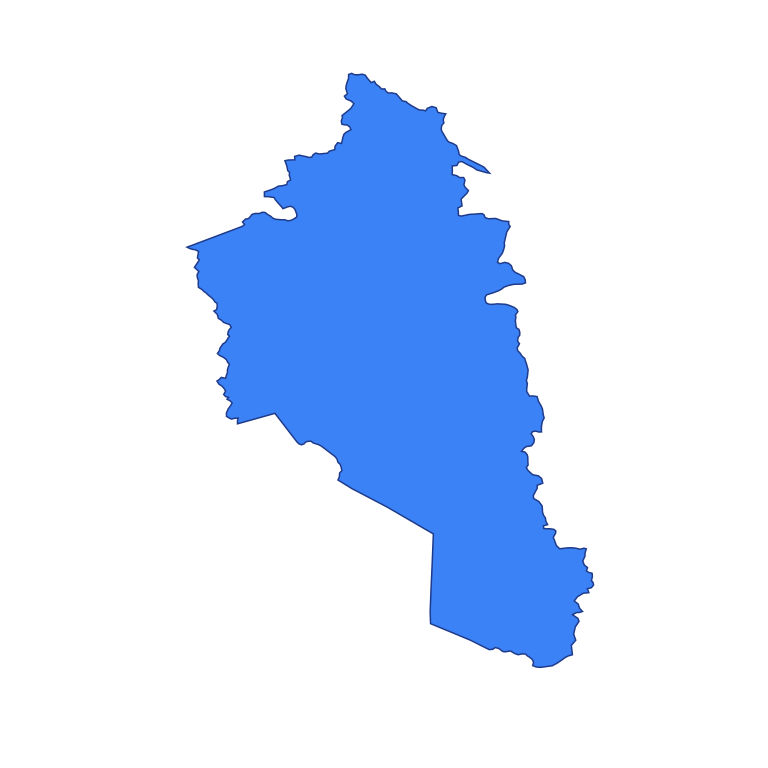 the district of Acopiara, Ceará, Brazil, rotated 78°
{"feature_id": "56859067B11934644430422", "entity_name": "Acopiara", "entity_type": "district", "adm_level": 2, "iso_a3": "BRA", "parent_name": "Brazil", "parent_adm1": "Ceará", "projection": "natural_earth1", "projection_center": [-39.533, -6.148], "detail": "fine", "context": "isolated", "style": "filled", "palette": "blue", "viewbox_px": 768, "rotation_deg": 78, "n_neighbors": 0, "source": "geoboundaries", "source_scale": "gbopen_adm2", "svg_char_len": 5933}
<svg xmlns="http://www.w3.org/2000/svg" viewBox="0 0 768 768"><g transform="rotate(78 384 384)"><path d="M694.6,278.1L693.0,272.5L690.4,266.3L689.3,263.9L688.3,260.4L688.0,256.0L682.9,255.5L678.6,255.1L674.5,249.7L668.2,250.5L661.4,247.4L656.7,242.6L653.7,243.0L648.8,247.6L647.6,243.2L648.1,240.5L647.8,237.1L644.1,239.3L639.6,239.8L635.8,243.0L632.3,239.0L630.1,232.7L630.7,227.0L626.5,227.6L626.4,223.5L624.2,220.8L621.4,220.8L619.6,222.0L615.4,220.1L612.4,219.8L611.0,222.7L608.9,224.9L606.0,223.1L602.7,225.7L598.6,226.4L596.6,225.0L594.3,223.3L590.7,222.3L587.3,220.4L586.2,222.5L586.4,226.3L584.3,231.0L583.3,234.2L582.5,238.2L582.2,241.1L581.7,246.4L577.8,249.0L574.2,249.5L571.3,249.9L569.1,250.3L565.8,247.3L563.6,246.5L561.5,248.0L560.1,251.8L559.4,255.2L558.5,257.8L555.8,257.5L555.6,253.2L551.8,254.2L548.5,254.0L545.6,255.2L542.3,255.6L539.6,255.1L536.1,254.7L531.1,257.0L527.1,261.4L524.3,261.2L519.8,257.5L518.0,255.9L514.9,255.2L514.5,252.0L514.0,249.3L509.2,249.5L505.9,252.1L504.6,255.2L503.6,257.5L498.7,261.0L495.4,262.2L493.2,259.9L489.8,259.4L485.2,258.5L482.8,258.7L479.8,260.3L478.5,263.5L476.0,260.6L474.8,257.8L475.1,252.6L472.6,249.7L469.7,248.5L466.8,248.9L463.3,250.4L461.5,248.6L461.6,245.4L463.1,242.7L463.6,239.9L460.8,239.4L457.8,238.7L453.4,236.8L450.5,234.4L447.2,234.6L444.7,234.4L441.3,234.2L437.5,235.0L433.5,236.4L428.1,236.9L426.6,241.0L426.1,244.2L420.8,246.0L417.8,245.2L413.5,243.7L410.1,244.0L407.2,242.4L400.2,240.1L396.9,240.3L394.2,240.4L390.7,240.9L388.2,241.0L385.8,243.0L382.0,244.5L379.2,246.3L376.5,246.3L372.8,243.1L369.9,244.4L366.4,243.3L364.5,241.1L361.6,240.4L358.6,240.7L356.6,242.8L353.9,242.8L349.1,242.3L346.5,241.2L343.7,241.0L341.0,238.0L338.9,238.4L336.3,240.6L333.4,244.7L331.4,248.3L329.2,256.2L328.9,259.2L328.3,263.2L327.3,265.5L325.7,267.3L322.4,267.5L319.7,266.8L318.1,264.9L317.4,257.6L316.6,252.5L315.6,249.2L314.2,246.5L313.5,241.8L313.5,235.9L315.0,228.2L314.5,224.6L311.6,224.2L308.1,225.0L303.8,230.1L302.4,232.2L299.1,234.4L294.8,234.8L291.8,237.1L290.1,240.7L290.5,245.3L288.7,247.7L285.0,245.9L282.6,243.2L280.6,241.0L277.9,239.3L274.2,237.4L270.9,237.0L260.8,232.3L256.1,227.8L254.0,228.8L251.0,228.2L249.1,234.3L245.3,240.3L244.1,247.4L242.3,250.5L239.4,250.9L237.7,252.6L237.2,255.6L236.6,260.6L235.9,264.5L235.8,273.8L234.5,276.1L231.2,275.5L227.2,275.2L226.0,270.6L219.2,270.2L214.7,263.3L212.4,261.2L207.9,264.0L205.7,264.4L201.4,262.4L198.6,263.2L197.8,267.1L195.4,269.5L193.3,273.8L190.0,272.9L184.9,271.9L185.4,267.2L182.5,264.9L182.6,261.6L184.9,258.9L186.5,257.1L190.7,251.7L193.8,248.8L198.5,240.0L199.7,236.9L192.8,241.0L190.9,243.2L181.4,255.2L179.4,257.0L177.0,261.2L175.2,262.7L171.6,262.7L165.9,263.5L163.0,266.7L160.7,270.5L158.0,271.8L154.3,273.0L151.3,274.0L148.6,275.0L146.1,274.9L143.1,273.8L141.0,271.1L138.6,271.2L136.5,270.5L134.4,269.0L132.6,267.4L130.9,272.0L129.4,274.9L124.6,275.6L122.5,279.5L123.4,284.4L125.5,286.5L124.4,288.5L123.2,292.7L117.7,299.0L114.3,302.4L112.4,303.6L110.8,307.3L108.1,308.7L102.8,311.6L100.9,315.8L100.2,319.5L97.9,321.2L95.4,321.9L95.0,325.0L92.1,326.8L89.0,329.5L85.9,330.5L86.5,333.9L81.3,336.8L78.1,338.0L76.4,341.0L76.2,344.8L75.4,348.4L73.4,351.1L73.9,354.3L77.6,355.1L80.8,357.1L84.6,359.1L87.1,359.9L92.5,359.4L94.2,362.9L97.3,361.8L100.3,357.5L103.5,355.1L107.4,359.0L108.9,361.7L112.7,369.2L115.0,369.3L117.8,371.1L121.1,371.2L122.3,368.8L122.9,366.3L125.4,364.0L128.4,363.5L129.1,366.1L130.1,369.2L131.5,371.4L134.6,373.1L139.9,375.5L138.3,379.2L141.3,382.5L144.5,383.4L144.7,386.3L144.9,389.1L146.5,391.3L146.1,394.5L145.6,399.4L143.9,402.8L145.0,405.6L147.1,407.6L146.7,410.5L145.2,413.3L143.6,417.0L142.5,419.4L142.8,424.1L146.2,424.6L145.0,431.2L145.0,434.5L150.7,433.7L155.3,433.8L157.3,432.4L160.2,433.3L162.8,433.0L165.0,433.0L166.0,436.4L168.7,437.6L168.9,441.9L168.5,446.2L169.8,450.3L170.5,453.9L170.9,457.8L171.3,461.1L175.8,462.0L176.8,458.0L177.7,455.6L178.8,452.6L181.0,452.1L186.4,449.1L189.5,447.3L191.5,446.4L190.7,441.3L190.7,438.6L192.1,436.3L194.6,434.8L200.1,434.0L202.5,434.7L203.8,437.8L204.6,441.0L204.4,444.1L202.8,446.7L201.9,450.6L200.3,455.9L198.5,458.4L196.3,460.0L194.2,462.4L191.6,464.5L190.7,467.4L191.3,470.6L190.4,474.8L190.7,478.0L192.3,479.7L194.0,482.3L193.9,485.2L196.1,488.7L198.9,487.3L200.3,489.6L209.2,548.2L211.2,545.7L212.6,543.0L213.5,540.6L215.8,537.8L221.9,540.3L224.1,538.8L227.3,541.9L230.5,545.2L235.4,541.7L238.2,544.1L241.4,544.5L244.1,544.0L247.3,544.9L250.8,545.4L254.1,542.1L256.1,540.9L257.7,539.3L260.1,537.7L263.7,534.8L266.1,533.2L268.5,532.4L270.3,530.5L273.3,531.0L276.4,532.2L277.3,535.2L281.2,532.6L285.3,532.4L288.0,529.6L290.3,528.2L291.9,525.8L293.8,522.6L296.9,521.6L298.5,524.0L300.6,525.6L303.1,526.6L305.1,525.2L306.7,527.1L308.7,528.8L310.4,530.8L311.3,533.3L313.0,535.0L314.6,536.8L317.3,538.2L319.5,540.6L321.8,539.0L324.6,535.4L327.4,533.1L330.3,532.4L332.5,531.1L334.4,532.4L337.3,534.1L340.3,534.8L343.1,536.6L345.5,537.8L343.7,541.8L345.4,544.3L346.4,546.8L350.0,545.4L352.2,543.0L355.1,541.4L358.0,540.4L360.9,543.0L363.4,541.5L364.7,538.9L366.3,540.7L368.7,537.8L371.0,536.5L373.5,538.8L376.0,541.6L379.7,544.2L382.8,544.8L385.2,542.4L386.6,540.5L386.5,536.8L387.1,533.7L389.2,534.9L392.5,535.6L390.3,500.9L390.0,496.8L422.7,481.1L424.9,479.6L426.3,477.4L425.9,474.6L424.4,472.6L424.3,470.2L424.7,467.3L426.8,465.7L428.2,463.3L429.6,460.8L431.7,458.2L444.9,446.9L447.6,445.6L451.1,445.3L453.4,443.6L456.5,443.2L459.9,443.2L461.8,445.9L465.8,447.1L468.3,449.0L479.9,436.9L487.6,427.5L489.7,425.0L499.4,413.3L505.2,406.3L540.9,366.9L572.0,374.8L583.9,377.9L594.2,380.6L616.4,386.2L628.1,388.3L636.9,375.5L652.4,353.0L665.7,336.3L666.1,332.7L664.9,330.1L666.5,326.7L670.4,323.4L671.2,320.9L671.4,315.8L674.6,312.5L676.7,309.1L676.7,305.4L677.5,301.8L679.8,300.2L681.7,298.3L684.3,296.2L687.3,295.6L690.4,297.1L692.5,293.8L693.7,289.9L694.6,278.1Z" fill="#3b82f6" stroke="#1e3a8a" stroke-width="1.5"/></g></svg>